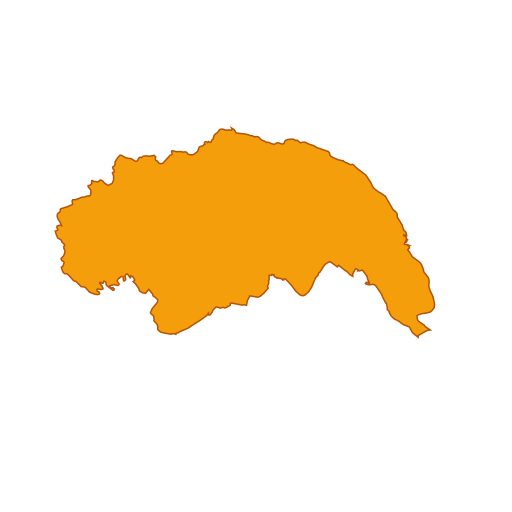 Tebo, Jambi, Indonesia, rotated 308°
{"feature_id": "22746128B61304276790881", "entity_name": "Tebo", "entity_type": "district", "adm_level": 2, "iso_a3": "IDN", "parent_name": "Indonesia", "parent_adm1": "Jambi", "projection": "equal_earth", "projection_center": [102.337, -1.395], "detail": "fine", "context": "isolated", "style": "filled", "palette": "amber", "viewbox_px": 512, "rotation_deg": 308, "n_neighbors": 0, "source": "geoboundaries", "source_scale": "gbopen_adm2", "svg_char_len": 6094}
<svg xmlns="http://www.w3.org/2000/svg" viewBox="0 0 512 512"><g transform="rotate(308 256 256)"><path d="M384.9,265.9L384.2,265.2L382.6,262.0L381.1,256.6L380.7,253.2L381.1,252.0L382.6,250.3L382.8,248.5L378.9,237.2L378.6,234.1L376.6,228.2L376.1,225.0L374.7,223.0L372.5,221.2L372.7,217.4L371.5,216.1L371.1,213.8L369.9,211.9L367.2,209.2L365.3,208.1L364.3,208.0L362.2,208.7L361.1,208.5L360.1,207.3L359.1,204.2L358.3,203.1L357.3,202.4L355.9,202.0L355.0,201.3L354.1,199.0L353.3,195.9L351.8,193.9L351.9,192.7L350.8,188.9L351.3,185.0L351.0,183.7L350.3,182.7L348.9,181.4L348.5,179.1L347.4,177.3L346.2,173.7L340.9,164.8L340.7,164.2L341.9,161.8L342.1,160.9L341.8,158.0L341.1,159.4L339.7,158.9L338.7,157.1L336.7,155.0L335.7,152.1L334.8,150.7L333.2,149.6L329.5,149.6L327.1,148.9L325.3,148.7L321.2,150.3L320.0,149.8L317.9,150.5L317.3,150.0L316.9,148.0L315.7,148.1L315.4,146.4L315.0,145.8L313.9,145.4L313.2,145.8L312.5,146.9L311.5,146.4L309.8,146.3L309.0,145.3L307.0,144.2L302.4,145.6L297.7,144.4L296.3,143.3L294.3,140.1L295.0,137.4L294.7,136.4L293.1,134.7L291.6,131.9L289.3,129.3L287.4,125.1L286.4,125.1L285.2,126.7L284.3,127.3L282.4,126.3L271.6,125.5L269.6,123.4L269.4,122.5L270.1,120.0L269.7,118.1L270.6,116.6L272.3,116.1L272.6,113.7L269.1,110.8L267.2,107.7L265.1,105.6L263.2,105.1L262.1,103.6L261.5,103.3L257.8,103.9L256.8,103.1L256.3,102.2L255.9,97.6L254.2,95.0L253.1,92.4L252.5,87.9L251.7,86.8L248.2,86.5L243.4,87.0L241.3,88.6L240.2,89.0L237.9,88.3L237.4,88.6L236.7,89.7L236.3,91.7L234.9,92.6L234.0,91.8L233.0,91.7L231.5,94.4L228.7,96.6L228.0,97.1L224.6,97.9L221.1,96.3L220.5,95.7L220.2,91.9L220.7,89.0L220.4,87.1L219.5,86.2L217.7,86.2L216.8,85.6L215.9,83.6L214.9,82.7L214.8,81.1L214.4,80.2L213.8,80.3L211.9,82.0L209.9,81.8L208.5,80.7L207.7,80.5L207.1,81.5L206.2,85.4L203.2,87.5L201.8,88.1L200.8,87.7L198.9,85.7L197.1,84.8L195.1,82.6L189.6,79.4L187.5,77.0L186.3,77.1L183.7,79.7L179.1,77.3L173.1,73.1L172.1,73.1L171.0,74.1L169.6,74.3L168.5,73.8L166.8,73.7L165.2,74.6L164.1,75.8L162.8,78.2L162.5,79.7L160.3,84.1L159.0,82.0L157.1,80.8L155.8,81.5L155.1,83.1L154.3,83.8L152.5,83.0L152.1,82.5L150.4,84.7L148.1,88.6L148.6,91.8L148.5,93.1L147.5,94.4L147.3,97.2L146.7,98.6L145.1,98.7L144.2,99.5L143.5,100.1L143.6,100.5L142.6,102.2L140.5,103.5L137.5,104.3L134.1,103.9L133.1,105.0L132.9,106.3L133.1,108.1L132.7,108.8L129.5,110.1L127.3,109.5L124.7,113.3L124.3,114.6L124.3,116.1L125.5,117.9L125.7,119.5L124.3,127.1L124.4,128.2L125.2,129.6L124.2,137.0L126.0,140.1L126.1,141.2L125.0,147.1L126.6,152.4L127.5,154.1L128.2,155.1L129.3,155.9L130.5,155.7L130.9,154.5L130.5,152.1L131.5,151.3L132.1,151.3L132.6,151.5L134.3,154.7L135.6,155.7L136.3,155.4L137.6,153.1L138.2,149.7L138.6,149.1L139.3,149.3L139.9,151.8L140.6,152.2L142.5,151.7L142.9,152.4L142.9,153.8L140.9,156.1L140.8,163.8L141.3,164.8L141.9,165.0L142.7,164.7L143.0,162.9L141.8,161.7L141.5,160.6L141.8,159.6L142.3,159.1L146.0,161.6L147.7,165.3L148.6,165.7L149.7,165.3L150.5,162.4L151.0,161.8L153.9,161.5L154.4,162.0L156.1,162.1L157.2,162.8L157.7,163.6L157.7,164.3L155.4,166.3L154.9,167.0L155.1,167.5L157.0,167.9L157.9,167.2L159.7,164.9L162.1,165.0L162.4,165.2L162.6,166.0L161.3,170.3L161.7,170.5L162.6,169.4L163.2,169.3L163.7,170.8L163.6,172.8L162.5,175.0L162.1,175.4L160.1,174.9L159.9,178.2L158.3,183.3L156.7,185.8L157.3,189.9L158.4,191.3L158.6,192.0L163.7,192.0L162.3,198.2L161.2,199.3L161.4,202.0L161.1,205.3L159.3,206.8L150.6,206.6L146.2,207.8L145.8,208.9L145.8,212.0L143.6,214.6L142.5,215.0L142.0,215.7L141.8,217.8L141.2,220.2L139.7,222.3L139.4,222.1L139.6,222.3L138.0,223.3L137.5,224.2L137.3,225.2L137.4,227.8L138.3,230.1L141.3,235.9L141.9,236.9L144.1,238.9L145.0,241.1L146.2,240.7L147.6,242.0L149.2,242.4L157.5,247.0L162.5,248.5L169.7,251.2L178.6,253.8L181.7,253.7L180.3,254.9L181.3,256.1L184.8,256.0L187.1,255.4L191.4,255.9L192.8,259.3L192.8,259.9L195.1,261.5L195.9,263.4L196.9,264.2L201.2,266.0L202.9,265.0L203.7,265.5L208.6,274.9L210.4,276.9L211.3,278.9L215.4,276.7L219.7,276.0L220.3,275.5L221.2,276.4L224.7,282.9L226.8,284.1L231.1,285.0L238.2,285.4L239.0,283.8L242.1,282.9L243.7,281.9L244.2,281.0L245.3,281.0L248.9,278.1L249.9,279.8L251.3,279.9L251.2,280.7L251.9,281.2L252.2,281.8L251.5,282.1L251.1,283.6L251.5,285.2L251.4,285.8L252.2,286.1L252.0,287.0L253.8,290.0L253.5,291.6L254.0,291.7L254.2,292.5L254.7,292.2L255.7,292.5L256.0,294.0L254.7,302.2L252.8,309.0L252.4,314.0L252.7,315.7L253.5,317.4L255.0,318.5L259.9,319.5L265.5,319.1L274.2,316.7L276.4,316.3L278.4,316.8L281.3,315.9L282.7,316.3L289.8,315.6L291.9,315.6L294.2,316.3L297.2,317.8L297.5,326.9L299.6,326.9L299.4,335.2L299.8,337.0L299.1,341.6L299.6,344.8L301.2,343.3L307.4,342.2L307.8,343.5L307.7,344.7L307.4,344.9L307.9,344.9L307.6,346.4L310.2,348.4L310.3,348.9L308.5,355.6L306.0,359.0L304.6,362.0L304.2,362.0L303.7,359.8L303.1,359.1L301.6,359.2L301.7,360.3L302.9,362.8L305.6,365.6L306.2,366.8L306.2,369.1L303.1,378.6L301.1,382.0L298.9,387.1L298.8,388.1L296.5,390.9L294.6,392.5L294.4,394.6L293.1,396.7L291.9,399.5L291.5,403.8L292.3,407.1L292.6,409.7L292.4,410.7L292.6,411.7L292.6,414.2L294.5,420.4L291.9,426.7L291.8,433.8L293.3,432.8L301.7,436.3L303.0,437.0L305.0,438.9L304.6,434.0L304.7,431.9L305.1,431.2L304.6,424.4L305.1,422.7L307.9,419.6L309.2,420.0L312.4,421.9L316.2,425.6L319.1,427.8L321.5,428.3L324.8,428.2L326.6,427.3L328.1,426.2L332.8,420.7L335.9,414.6L337.8,411.7L338.7,410.7L342.4,408.2L344.1,406.6L345.1,404.9L346.8,398.1L349.3,394.9L351.0,391.8L351.6,390.1L351.9,387.5L351.6,379.8L353.9,373.8L353.9,372.5L354.6,371.6L356.8,372.0L357.5,371.3L357.8,369.5L358.7,370.4L358.3,368.5L356.7,366.2L356.7,365.5L358.5,365.1L359.2,365.9L359.9,364.7L360.7,365.6L361.4,364.6L361.8,365.4L362.1,365.5L362.2,364.2L363.4,362.6L363.0,360.2L363.3,359.4L363.9,359.3L363.8,360.6L364.6,360.9L364.9,362.1L366.7,360.1L367.3,358.6L367.1,356.6L367.9,356.0L368.2,355.0L370.4,352.0L373.7,343.2L375.8,341.6L376.5,340.3L376.9,338.4L376.9,335.4L382.5,321.6L382.7,320.9L382.3,314.5L381.9,313.1L381.9,307.1L382.6,305.0L384.6,301.2L387.4,292.7L387.3,281.6L387.8,276.3L387.4,275.3L386.4,274.6L385.9,273.7L385.3,269.9L384.7,268.7L384.5,266.9L384.9,265.9Z" fill="#f59e0b" stroke="#b45309" stroke-width="1.5"/></g></svg>